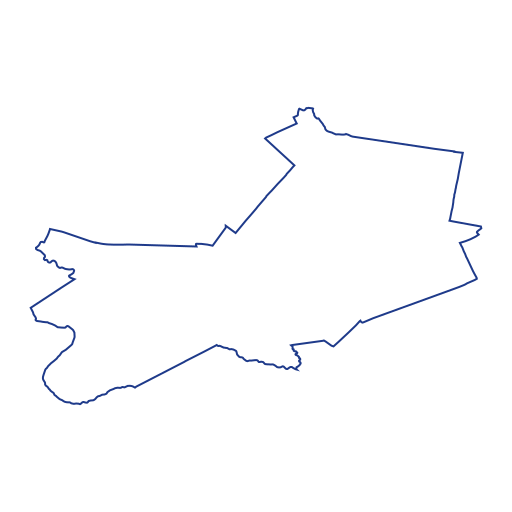 the district of Barza, Olt, Romania
{"feature_id": "2599482B78592992186898", "entity_name": "Barza", "entity_type": "district", "adm_level": 2, "iso_a3": "ROU", "parent_name": "Romania", "parent_adm1": "Olt", "projection": "robinson", "projection_center": [24.164, 44.333], "detail": "fine", "context": "isolated", "style": "outline", "palette": "blue", "viewbox_px": 512, "rotation_deg": 0, "n_neighbors": 0, "source": "geoboundaries", "source_scale": "gbopen_adm2", "svg_char_len": 5933}
<svg xmlns="http://www.w3.org/2000/svg" viewBox="0 0 512 512"><path d="M481.3,228.3L480.9,226.5L453.4,221.5L449.5,220.7L450.1,218.8L451.6,211.1L452.5,207.6L453.3,202.3L453.4,200.8L453.6,199.1L454.2,196.7L454.3,194.7L455.0,192.4L455.4,190.0L455.6,188.8L455.8,188.3L456.2,185.7L457.8,178.9L458.8,173.0L462.8,152.8L454.6,151.9L454.1,151.8L454.2,151.4L434.3,148.8L352.6,136.6L351.0,136.1L348.4,134.8L346.0,134.0L345.7,134.3L343.8,134.6L342.0,134.6L338.5,134.3L335.9,134.4L333.1,133.2L332.0,132.6L328.5,131.6L327.0,130.9L326.1,130.1L325.5,129.4L325.3,128.9L324.8,127.0L323.8,125.8L323.3,125.0L322.8,124.0L320.0,120.5L318.9,118.8L318.5,118.4L317.2,118.6L316.5,118.1L315.6,117.4L314.7,116.2L314.1,114.9L314.2,114.4L314.1,113.8L313.7,113.2L313.1,112.0L312.7,110.0L312.8,109.5L313.1,108.7L312.8,108.4L308.7,107.9L308.1,107.9L307.7,108.1L306.4,108.1L305.3,109.6L304.2,110.3L303.6,110.3L303.0,110.3L300.3,109.1L299.4,108.7L299.1,108.9L298.9,109.4L298.2,111.7L297.9,113.6L297.9,114.9L297.6,115.4L297.2,115.7L293.6,117.3L296.7,123.5L277.4,132.2L271.3,135.2L266.1,137.6L265.1,138.5L294.4,165.4L292.5,167.4L290.0,170.4L286.7,173.9L286.2,174.9L283.4,178.0L277.9,183.7L271.6,190.7L269.8,192.5L266.4,196.1L266.0,197.0L257.8,206.5L256.2,208.6L250.9,214.8L245.9,220.5L235.6,233.0L225.7,225.7L225.7,225.9L225.9,227.2L225.5,228.0L212.6,245.7L207.4,244.6L201.5,243.9L196.4,243.8L196.1,243.9L196.0,244.0L195.9,244.9L196.5,246.5L128.3,244.5L121.6,244.7L114.4,244.7L107.1,244.4L103.3,244.0L100.8,243.6L95.6,242.5L95.6,242.8L93.8,242.3L90.0,241.2L64.0,232.3L61.7,231.6L50.0,229.0L49.9,229.5L48.4,233.7L47.4,236.0L44.9,240.7L44.3,242.3L43.7,242.4L42.2,241.8L40.8,242.0L40.2,242.7L39.3,244.7L38.2,246.0L36.9,247.1L36.0,247.7L36.0,248.3L36.1,249.0L37.5,250.0L39.8,250.7L40.9,251.4L44.7,255.1L45.0,256.1L44.9,257.0L44.1,257.8L44.0,258.3L43.9,259.1L44.9,260.1L45.6,260.0L46.2,259.8L46.7,259.9L47.3,260.2L47.6,261.3L48.1,262.0L49.0,262.5L49.7,262.6L50.5,262.4L51.6,261.3L52.4,260.8L53.1,260.6L53.9,260.7L54.9,261.2L55.6,261.9L56.2,262.8L56.8,264.5L57.0,265.5L57.6,266.4L59.4,267.8L60.2,267.9L61.4,267.5L62.5,267.6L65.0,268.8L66.3,269.1L69.2,269.5L70.7,269.4L72.3,269.1L72.9,269.2L73.5,269.6L73.8,269.9L74.1,270.5L74.1,270.9L73.3,273.0L71.5,274.3L69.3,275.5L69.0,275.9L69.1,276.4L69.4,276.9L70.0,277.4L71.1,278.0L74.5,279.2L61.0,287.9L30.7,307.8L33.0,312.3L33.6,314.5L35.5,317.2L36.0,318.5L35.9,319.0L35.6,319.7L35.7,320.2L35.9,320.4L37.0,321.0L37.8,321.1L40.9,321.5L42.3,321.8L45.5,322.2L47.6,322.3L49.0,323.1L51.9,324.0L54.7,325.3L55.3,325.6L57.6,327.2L61.9,327.6L64.8,327.7L65.5,327.5L66.1,326.8L66.8,326.2L67.6,326.0L68.6,326.4L72.4,329.4L73.2,330.2L74.4,332.6L74.6,336.5L74.5,337.5L72.7,342.4L72.2,344.1L71.4,345.0L65.8,349.8L62.1,352.0L61.4,352.8L60.4,354.3L59.6,355.4L58.5,356.3L57.6,357.3L56.8,358.5L53.9,361.0L50.8,363.4L49.9,364.4L48.3,365.9L46.7,368.2L45.9,368.8L45.3,369.7L43.6,374.7L43.0,376.8L42.9,378.1L43.0,379.0L43.5,380.2L44.9,382.4L45.1,383.3L45.1,384.4L45.7,385.5L47.2,386.6L47.8,387.2L48.9,388.9L49.7,389.5L50.6,390.8L52.3,392.1L53.4,392.8L53.8,393.3L54.4,394.8L54.8,395.1L55.4,395.6L56.1,396.0L56.7,396.7L59.6,399.1L62.4,400.3L63.4,401.1L64.0,401.4L64.8,401.8L66.4,402.2L67.6,402.3L69.5,402.3L70.1,402.5L71.3,403.3L73.5,403.8L74.3,403.8L76.2,403.5L78.6,403.7L79.8,404.1L80.2,404.1L80.7,403.8L82.0,402.6L82.6,402.2L83.2,402.0L83.7,402.0L85.3,402.5L86.8,402.7L87.3,402.6L87.8,402.2L88.3,401.4L88.7,401.0L90.6,400.5L93.1,400.3L93.9,400.0L95.3,399.0L96.7,397.3L97.9,396.4L98.2,396.2L99.6,396.0L102.2,394.7L104.4,394.5L105.3,394.2L106.2,393.8L106.6,393.5L107.3,392.3L107.6,392.0L110.0,390.3L113.5,389.0L115.1,388.2L117.6,387.7L120.1,387.9L121.0,387.7L122.1,387.1L122.6,387.0L124.1,387.3L124.7,387.3L127.7,385.9L130.0,385.8L131.9,386.1L133.2,386.6L135.0,387.6L136.3,386.6L184.6,361.7L185.1,361.3L204.0,351.7L215.3,345.8L216.7,345.0L217.4,345.6L218.0,345.9L218.7,346.0L219.5,345.8L220.8,346.2L221.6,346.7L222.8,347.1L223.3,347.5L223.7,347.6L225.0,347.7L225.7,347.9L227.1,348.0L229.5,349.3L231.6,349.1L232.3,349.3L233.0,349.4L234.2,349.9L236.0,350.9L236.3,351.3L236.6,352.3L237.0,354.1L237.2,354.6L238.0,355.5L239.2,356.8L240.2,357.2L241.7,357.3L242.6,357.6L243.0,357.9L243.5,358.7L244.3,359.4L245.3,360.1L245.7,360.5L246.5,360.9L247.2,361.1L247.7,361.1L249.6,360.5L251.1,360.6L255.4,360.1L256.6,360.1L257.4,360.4L257.8,360.7L258.6,361.8L258.9,362.0L259.9,362.0L261.1,361.7L262.9,362.0L263.4,362.3L264.7,363.8L265.4,364.1L267.3,364.3L268.4,364.3L270.6,364.5L272.4,364.4L273.2,364.5L274.8,365.3L275.4,365.8L276.2,366.3L276.8,366.9L277.5,367.2L278.7,367.4L280.0,367.4L280.6,367.3L282.6,366.3L282.9,366.3L283.8,366.7L285.8,368.7L286.8,369.0L287.3,369.0L288.0,368.6L289.5,367.5L290.1,367.2L290.6,367.0L291.6,367.0L292.0,367.1L293.1,367.9L295.5,369.2L296.6,369.5L296.4,369.3L296.4,368.9L296.4,367.8L296.6,367.2L296.8,367.1L297.5,366.8L299.6,365.1L300.0,364.2L300.5,363.8L300.6,363.6L300.6,362.9L300.3,362.3L299.8,361.8L299.2,361.5L299.1,361.0L299.1,360.6L299.3,360.4L300.2,359.7L300.2,358.9L300.0,358.4L299.0,357.9L298.9,357.7L298.9,356.8L298.0,356.0L297.2,355.5L296.6,354.9L296.1,355.0L295.7,354.8L295.5,354.4L295.5,354.2L296.4,353.3L296.9,353.3L297.2,353.1L297.3,352.7L297.1,352.4L296.5,352.2L295.9,351.3L294.5,351.2L294.0,351.0L293.7,350.7L293.6,350.4L293.7,349.5L293.6,349.3L292.7,349.1L292.5,348.6L292.6,347.8L292.6,346.7L291.9,345.7L291.5,345.7L291.1,345.3L292.4,345.0L323.6,340.7L323.9,340.5L325.6,341.5L331.5,345.7L333.5,346.4L338.7,341.7L348.0,333.0L355.9,325.4L359.7,321.2L360.4,320.7L360.7,321.5L362.1,322.5L362.5,322.6L363.5,322.3L373.2,318.2L459.1,287.0L463.8,285.1L465.5,284.3L467.1,283.3L474.7,280.0L476.8,278.8L476.6,277.7L474.7,274.3L473.0,271.1L467.0,258.3L466.2,256.9L465.1,253.9L463.8,251.3L462.3,247.4L461.6,246.3L459.9,242.9L465.4,241.2L469.0,239.8L470.5,239.2L475.5,236.7L476.9,235.8L478.7,234.6L477.9,233.7L477.1,232.8L476.9,232.2L477.0,231.8L478.4,230.5L480.4,229.1L481.3,228.3Z" fill="none" stroke="#1e3a8a" stroke-width="2"/></svg>